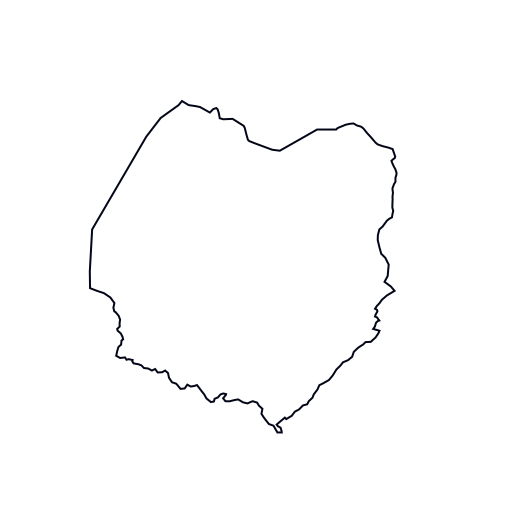 Vretsia, Paphos, Cyprus, rotated 246°
{"feature_id": "46923920B56659599424200", "entity_name": "Vretsia", "entity_type": "district", "adm_level": 2, "iso_a3": "CYP", "parent_name": "Cyprus", "parent_adm1": "Paphos", "projection": "robinson", "projection_center": [32.659, 34.892], "detail": "fine", "context": "isolated", "style": "outline", "palette": "ink", "viewbox_px": 512, "rotation_deg": 246, "n_neighbors": 0, "source": "geoboundaries", "source_scale": "gbopen_adm2", "svg_char_len": 2692}
<svg xmlns="http://www.w3.org/2000/svg" viewBox="0 0 512 512"><g transform="rotate(246 256 256)"><path d="M276.8,106.2L270.6,107.5L266.8,104.7L263.1,104.0L261.8,104.9L257.3,106.2L253.2,106.0L250.0,104.0L247.0,102.8L245.8,99.5L244.1,99.2L240.2,101.0L236.6,101.2L233.9,100.7L233.5,98.8L229.9,96.7L228.8,93.3L225.4,90.4L221.7,87.7L218.1,90.4L216.6,95.1L213.9,95.5L213.5,97.8L211.1,101.0L210.0,100.1L207.7,100.5L204.9,104.6L202.7,106.8L199.2,108.1L197.1,111.7L193.7,114.3L193.8,117.9L189.6,118.8L188.0,122.9L188.3,126.4L184.9,128.0L180.1,127.0L174.8,127.9L172.0,131.0L170.5,131.6L165.3,133.0L164.0,137.0L166.4,140.9L163.3,143.3L162.4,146.5L162.1,149.6L154.5,151.4L150.6,152.4L146.0,152.8L140.9,155.4L140.2,158.4L142.4,160.1L142.3,163.7L144.0,167.3L143.7,170.2L142.0,172.5L141.4,172.1L139.4,168.1L135.8,169.0L134.1,172.5L133.0,178.5L132.2,181.4L127.6,184.6L124.8,188.3L124.8,191.1L124.7,193.9L121.6,197.4L118.1,197.8L113.8,199.7L109.6,196.8L105.0,197.5L97.3,199.4L93.8,203.0L89.6,203.4L86.1,203.8L84.3,207.7L85.7,208.2L89.2,208.6L91.7,206.7L93.6,206.3L94.5,209.2L96.6,216.6L94.7,217.3L95.5,223.7L98.0,228.2L98.3,232.9L100.4,238.1L99.7,242.4L101.9,245.2L103.6,250.0L106.1,252.5L109.0,257.8L112.2,261.3L112.4,265.6L113.0,272.1L115.6,277.4L119.6,283.3L121.5,288.4L123.5,292.2L123.4,297.7L124.8,302.8L128.7,306.4L130.7,312.2L131.2,315.2L131.6,318.0L132.8,321.0L130.9,325.9L132.9,332.0L135.7,336.5L137.5,338.4L141.7,333.4L143.2,335.9L146.2,338.5L147.0,340.7L146.9,342.4L150.8,341.5L152.3,340.1L153.8,341.4L156.0,344.4L157.7,344.6L159.4,343.3L161.2,346.1L162.7,349.7L164.8,353.2L166.7,359.5L167.8,368.4L173.3,366.8L180.1,362.9L184.2,368.2L189.3,371.0L194.1,373.7L201.7,373.4L207.1,371.3L213.8,372.3L221.1,373.7L225.6,375.9L230.1,379.5L231.4,383.6L235.0,389.9L235.8,392.9L236.0,395.9L239.3,398.1L241.4,399.7L244.6,400.2L247.9,401.7L252.5,404.0L254.6,404.8L258.0,406.8L262.2,408.1L265.6,411.4L267.1,413.6L270.7,415.2L273.0,417.2L274.7,418.2L278.6,418.6L281.9,418.3L286.2,418.3L287.9,418.5L288.6,420.6L288.9,422.0L289.0,422.5L290.2,423.6L294.7,424.0L298.1,424.3L301.2,421.0L304.9,416.3L308.5,412.5L311.0,411.3L318.1,409.2L323.4,407.4L328.8,406.0L331.4,404.6L334.2,401.3L337.4,399.0L338.6,395.5L339.5,391.0L339.5,389.4L339.7,383.5L339.5,381.9L338.9,380.7L344.4,368.4L346.7,363.2L345.0,346.3L342.5,320.6L346.5,314.0L359.0,301.2L363.8,296.5L365.5,295.9L370.6,296.6L377.3,297.8L379.9,297.7L390.8,290.4L394.2,281.8L396.6,278.9L401.9,280.2L405.5,280.6L407.3,279.9L407.6,276.7L405.8,272.2L414.8,265.5L417.4,261.9L421.2,255.9L427.7,251.4L425.3,246.6L420.9,225.1L409.7,204.4L346.9,117.1L309.5,97.9L294.1,91.3L288.7,96.7L283.9,102.0L277.3,106.1L276.8,106.2Z" fill="none" stroke="#020617" stroke-width="2"/></g></svg>